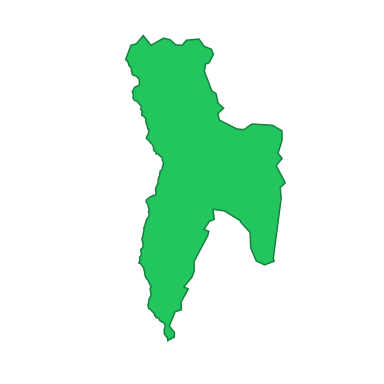 the district of Swain, North Carolina, United States of America, rotated 284°
{"feature_id": "52423323B8638287595623", "entity_name": "Swain", "entity_type": "district", "adm_level": 2, "iso_a3": "USA", "parent_name": "United States of America", "parent_adm1": "North Carolina", "projection": "orthographic", "projection_center": [-83.557, 35.488], "detail": "fine", "context": "isolated", "style": "filled", "palette": "green", "viewbox_px": 384, "rotation_deg": 284, "n_neighbors": 0, "source": "geoboundaries", "source_scale": "gbopen_adm2", "svg_char_len": 2689}
<svg xmlns="http://www.w3.org/2000/svg" viewBox="0 0 384 384"><g transform="rotate(284 192 192)"><path d="M304.3,95.6L303.4,97.5L302.2,98.8L300.7,99.5L299.2,100.5L298.4,102.3L296.9,103.3L294.7,104.0L291.8,105.6L291.2,106.4L291.0,109.0L290.1,111.4L288.8,113.3L286.8,114.1L283.8,114.9L282.9,114.7L281.0,112.8L279.8,111.0L274.5,109.8L273.5,110.9L269.9,112.1L269.2,111.9L268.3,112.4L267.5,113.5L266.8,114.8L266.9,115.9L266.6,117.0L265.8,118.2L262.6,122.2L262.1,122.4L261.3,122.4L260.6,121.9L260.0,122.1L258.9,123.2L258.4,124.2L257.6,124.1L254.4,124.6L254.4,125.2L252.9,128.5L251.4,129.6L248.8,130.3L247.9,130.8L245.7,132.3L242.5,133.9L242.3,134.8L242.0,135.0L238.0,135.6L234.6,134.7L232.9,134.7L232.4,136.2L230.4,138.8L229.2,141.1L226.6,143.6L223.3,144.7L222.8,145.2L222.8,146.4L221.8,147.2L220.4,147.9L220.3,148.1L220.6,149.8L219.8,151.0L218.0,154.9L215.7,155.5L213.2,157.3L205.9,157.4L204.8,156.1L199.7,156.5L197.2,156.1L192.9,156.7L190.2,156.5L187.7,155.9L185.3,156.1L183.8,156.8L181.7,157.4L180.3,157.3L179.7,156.8L179.5,155.5L177.1,152.7L174.2,150.3L173.1,149.7L171.6,149.7L169.1,152.2L163.7,155.0L162.7,154.5L161.4,154.9L160.9,155.4L159.7,155.9L157.8,156.0L154.9,154.8L153.1,154.4L152.0,154.9L151.2,154.4L150.0,154.3L147.4,154.5L146.2,153.9L143.2,154.6L138.1,154.8L137.0,155.1L136.5,155.1L135.8,154.7L134.6,154.7L129.4,157.1L128.4,157.8L124.9,157.2L123.9,156.1L118.5,158.1L115.9,156.9L114.8,157.5L113.0,157.9L110.3,157.6L109.8,159.8L107.1,163.0L104.6,164.5L98.7,167.1L96.3,169.5L95.9,170.5L90.0,175.3L89.3,174.9L87.6,174.8L84.5,176.3L81.3,177.4L79.3,176.5L77.3,176.2L74.6,176.6L72.2,176.5L69.4,177.6L68.5,178.3L67.8,180.3L64.9,184.8L64.5,185.2L63.5,185.4L61.4,187.8L61.4,188.4L61.8,188.9L61.8,189.4L61.3,190.4L59.8,191.3L58.8,193.4L58.4,195.6L57.4,197.3L55.5,198.4L54.5,198.5L52.5,198.3L50.7,198.5L47.9,199.4L46.0,201.3L45.6,202.3L43.2,204.1L41.9,204.4L47.0,209.9L51.4,209.0L56.5,202.4L71.7,204.6L75.2,210.2L82.6,208.0L97.0,211.9L98.1,207.1L109.1,212.5L115.6,213.3L125.2,210.8L153.1,217.8L157.9,217.9L158.5,212.7L167.8,216.0L170.8,220.2L180.3,216.6L181.5,227.9L175.8,245.9L175.4,246.1L174.5,246.3L174.5,246.7L174.3,247.0L166.8,258.1L152.0,262.5L140.6,271.1L138.9,280.1L144.6,288.4L147.4,286.9L207.6,280.0L208.1,279.9L217.6,276.5L223.4,280.2L238.1,267.3L246.3,271.3L250.5,266.1L263.9,266.9L273.1,264.5L276.2,253.8L272.5,233.8L265.1,227.2L264.0,220.3L268.4,201.1L274.5,198.1L281.0,202.4L284.5,195.9L293.4,191.4L294.9,186.8L311.9,174.9L319.4,174.2L321.5,177.3L330.7,179.5L335.2,176.3L336.2,168.7L342.1,161.8L337.9,149.8L332.1,147.1L330.8,140.7L334.4,134.1L334.4,127.2L324.4,116.7L332.0,106.9L322.4,102.2L319.6,97.3L304.3,95.6Z" fill="#22c55e" stroke="#15803d" stroke-width="1.5"/></g></svg>